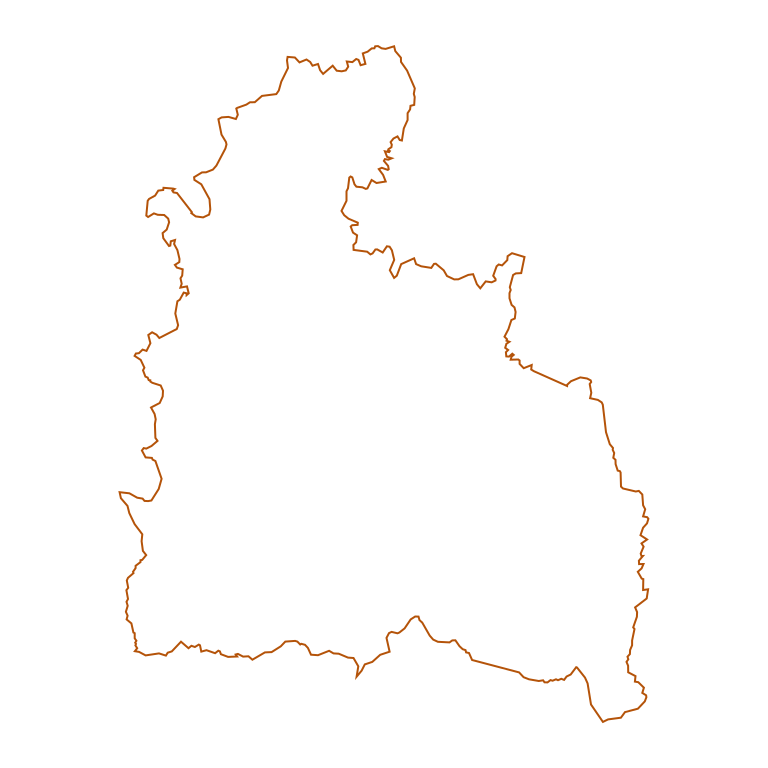 outline of San Pedro Yeloixtlahuaca, Puebla, Mexico
{"feature_id": "50627088B18760877714878", "entity_name": "San Pedro Yeloixtlahuaca", "entity_type": "district", "adm_level": 2, "iso_a3": "MEX", "parent_name": "Mexico", "parent_adm1": "Puebla", "projection": "mercator", "projection_center": [-98.049, 18.052], "detail": "fine", "context": "isolated", "style": "outline", "palette": "amber", "viewbox_px": 768, "rotation_deg": 0, "n_neighbors": 0, "source": "geoboundaries", "source_scale": "gbopen_adm2", "svg_char_len": 6073}
<svg xmlns="http://www.w3.org/2000/svg" viewBox="0 0 768 768"><path d="M547.5,682.4L550.5,680.1L552.6,680.7L556.0,679.3L558.0,680.2L561.3,678.8L564.1,679.9L566.6,676.5L570.7,674.5L576.2,667.2L577.0,667.5L585.0,677.6L587.6,683.4L591.0,704.5L602.9,721.9L608.1,719.4L620.9,717.7L625.0,712.1L637.9,708.7L644.8,701.4L646.4,697.2L646.1,695.3L642.3,692.9L643.9,687.7L638.3,682.2L634.9,681.6L635.5,676.1L628.2,672.3L628.1,665.7L626.5,661.9L628.3,659.3L627.5,656.7L629.9,654.1L630.1,650.0L632.1,645.3L632.1,640.5L634.5,629.0L633.2,627.4L636.9,616.8L637.1,612.1L635.1,607.4L646.7,598.5L648.1,589.3L643.1,590.0L643.3,579.1L641.7,578.6L637.8,571.8L641.6,568.4L643.5,564.0L639.1,564.1L638.9,560.7L642.9,556.0L641.5,556.1L640.7,553.6L643.6,546.7L641.5,543.4L647.1,539.5L640.5,535.2L643.1,527.7L647.0,523.4L648.4,518.8L647.2,517.2L643.1,516.4L645.2,509.2L643.1,505.3L642.3,494.5L638.8,490.9L635.8,491.5L623.0,488.5L621.0,486.6L620.6,472.5L619.8,471.1L617.7,470.6L615.6,464.1L615.5,459.8L613.3,457.8L614.2,453.0L612.7,449.8L613.0,448.0L609.8,444.2L606.0,432.2L602.8,404.7L601.7,402.4L597.9,399.9L590.1,398.2L591.3,392.8L589.7,384.0L591.2,382.0L590.7,380.4L587.1,378.5L580.3,377.4L571.0,381.2L567.2,384.7L567.1,386.0L533.9,371.2L531.2,369.5L531.7,365.0L523.7,368.2L519.6,363.9L519.6,360.5L518.3,359.5L510.7,359.7L511.5,356.7L513.7,354.9L512.3,353.7L509.0,356.6L506.3,356.4L505.9,352.2L508.1,350.0L505.2,347.8L506.4,343.8L509.4,341.8L506.5,340.7L507.0,339.2L504.5,336.7L508.4,329.2L511.4,320.0L514.8,318.5L515.6,312.0L514.5,307.4L511.6,304.9L509.5,298.3L509.5,293.1L510.7,290.0L509.8,287.2L513.1,275.0L515.8,273.4L521.2,273.1L524.5,257.0L512.0,253.2L507.6,256.2L507.3,260.1L502.1,265.4L498.7,264.5L496.6,266.3L493.2,275.8L495.6,279.1L495.5,280.5L491.7,282.3L485.7,281.4L480.3,288.3L476.9,284.2L473.1,274.2L468.3,274.9L458.4,279.3L454.2,279.4L447.0,276.0L443.7,270.3L435.8,263.7L434.0,263.9L431.3,267.9L421.2,266.3L416.1,264.1L414.1,258.3L401.2,264.1L396.8,275.7L394.1,277.9L389.8,270.2L394.2,259.9L391.9,250.3L389.6,246.7L386.9,246.3L382.7,252.5L377.2,249.4L375.4,249.5L372.6,253.4L370.4,254.4L367.2,251.7L353.6,249.9L353.4,245.0L356.1,242.3L357.1,235.3L353.0,232.6L350.7,226.5L352.2,225.2L357.6,224.9L357.8,222.7L348.5,218.7L344.2,215.2L341.5,210.9L346.5,200.8L346.5,191.3L348.0,188.3L349.3,177.6L350.6,176.5L352.3,177.4L354.5,184.3L356.4,186.7L362.4,187.3L365.8,188.9L367.4,188.4L371.6,180.0L376.5,183.0L385.7,181.5L383.1,174.9L378.8,169.1L381.8,167.8L387.8,169.9L388.7,169.2L388.1,165.9L383.9,160.9L384.9,159.1L388.3,159.7L391.7,158.3L387.1,156.9L384.9,151.3L389.1,152.1L389.8,151.1L388.1,150.2L388.4,149.2L391.4,147.2L391.8,144.7L390.6,142.1L393.5,138.5L397.5,136.4L399.7,140.0L401.9,140.5L403.8,128.4L407.6,120.0L407.6,113.2L410.1,109.4L410.5,105.8L414.2,104.9L414.7,97.0L413.8,93.9L414.8,88.4L407.1,70.6L401.0,61.9L400.9,57.7L395.3,51.1L394.1,46.3L385.6,48.9L381.6,48.3L378.0,46.1L375.2,46.3L374.4,48.3L371.7,48.4L367.6,51.7L362.8,53.4L365.4,63.9L360.6,65.2L358.5,59.9L356.2,59.0L352.4,62.1L346.8,61.5L348.2,66.7L345.8,70.4L341.7,71.3L336.7,70.7L332.7,65.7L323.1,73.9L320.1,70.2L318.0,64.0L312.5,65.7L310.2,62.0L306.5,59.5L299.5,62.4L294.9,57.5L287.6,56.9L287.0,60.4L288.0,68.0L281.3,81.6L278.8,90.5L276.3,94.1L262.0,95.9L254.8,102.2L249.9,102.3L246.4,104.6L237.2,107.9L236.3,108.5L237.8,114.8L235.9,119.0L228.5,116.9L221.6,117.4L218.4,119.2L221.5,134.6L225.9,141.9L226.5,144.4L225.4,148.5L216.4,165.6L212.9,169.6L206.1,172.3L202.0,172.4L194.1,177.2L194.4,179.9L201.3,184.3L209.5,199.2L210.3,209.5L209.1,214.6L203.1,217.4L195.7,216.4L191.3,213.1L191.9,212.2L177.0,193.0L173.5,192.4L172.3,190.7L174.6,189.0L173.2,188.6L163.5,187.8L163.2,190.0L158.3,190.6L155.1,195.6L149.1,198.9L147.7,200.8L146.3,215.6L148.1,217.0L153.9,213.4L157.8,214.8L164.2,215.0L168.2,218.6L169.1,222.3L166.7,229.6L162.6,233.1L163.3,238.2L169.0,246.0L170.3,245.6L170.8,241.3L175.0,240.0L174.1,244.0L177.4,250.1L179.5,259.0L179.3,262.1L174.9,264.9L176.9,267.6L182.7,269.3L182.2,275.6L180.5,278.3L181.7,283.8L180.4,287.6L187.0,286.4L188.7,293.3L186.6,295.1L186.6,293.3L183.7,292.6L179.8,299.7L177.4,301.3L175.3,313.5L178.1,325.2L176.8,329.0L159.3,338.0L156.5,334.7L152.1,332.3L148.3,335.0L150.4,343.2L146.5,350.9L142.6,349.6L138.9,353.2L135.9,353.5L134.6,355.9L140.7,359.9L144.4,367.7L143.0,370.3L145.4,376.6L147.7,377.6L148.7,380.1L150.3,380.3L150.3,381.5L152.3,382.8L160.7,385.5L163.0,390.7L162.7,396.4L159.7,403.0L151.0,407.5L154.6,414.0L155.7,419.3L154.9,424.2L155.4,437.9L157.5,440.9L151.5,446.0L146.3,448.6L143.7,448.1L141.9,450.5L145.6,457.4L151.9,457.9L152.6,459.6L155.4,461.0L161.6,478.8L158.7,489.0L151.4,500.5L148.1,501.1L144.5,500.9L142.6,498.6L137.2,497.7L129.4,493.3L119.6,492.2L120.9,498.2L127.5,505.9L129.3,513.1L134.6,524.1L142.3,534.3L141.6,541.2L142.9,550.9L146.2,555.1L142.2,559.9L140.5,560.2L140.5,562.1L135.6,565.8L135.6,568.1L133.0,571.8L133.5,573.1L128.0,577.8L126.8,580.5L128.2,587.8L126.4,590.2L128.0,599.0L126.5,601.8L127.7,605.8L125.9,611.8L127.6,615.7L126.6,619.4L131.4,623.4L133.4,632.5L134.7,633.2L134.7,638.3L136.4,640.8L135.2,642.7L136.0,643.9L135.4,645.4L137.2,648.2L134.9,651.2L139.1,651.9L145.6,655.4L159.0,653.4L165.9,655.6L167.7,652.7L171.8,651.4L181.0,641.7L188.5,648.2L191.4,645.8L194.9,647.0L198.8,644.6L200.0,645.3L201.3,651.6L206.5,650.2L215.1,653.2L218.3,650.7L219.9,651.4L220.9,654.2L228.1,656.9L237.1,656.5L235.7,654.5L237.9,653.9L243.1,656.6L248.5,656.3L252.4,659.7L264.9,652.4L271.6,652.1L280.8,646.3L285.3,641.6L295.1,640.9L297.4,641.6L300.2,644.5L301.2,643.8L305.0,644.8L307.9,647.9L311.0,654.7L318.0,655.2L329.1,650.8L333.5,653.4L338.7,653.7L348.0,657.6L353.5,658.0L358.3,666.3L356.6,676.7L361.6,670.7L364.8,664.4L372.3,661.9L380.2,654.8L389.6,651.7L386.5,637.9L389.0,633.1L391.6,631.9L397.5,633.3L399.4,632.5L404.6,628.4L410.7,619.4L415.2,616.5L418.5,616.6L419.5,620.1L422.3,622.7L429.7,635.6L433.2,639.6L437.9,641.8L449.5,642.4L452.3,640.4L455.4,640.3L459.5,646.2L462.7,649.2L465.5,650.1L466.1,652.4L469.0,653.0L472.1,660.0L519.1,672.4L523.6,677.2L529.0,679.3L538.8,681.0L543.1,680.3L544.5,682.3L547.5,682.4Z" fill="none" stroke="#b45309" stroke-width="2"/></svg>